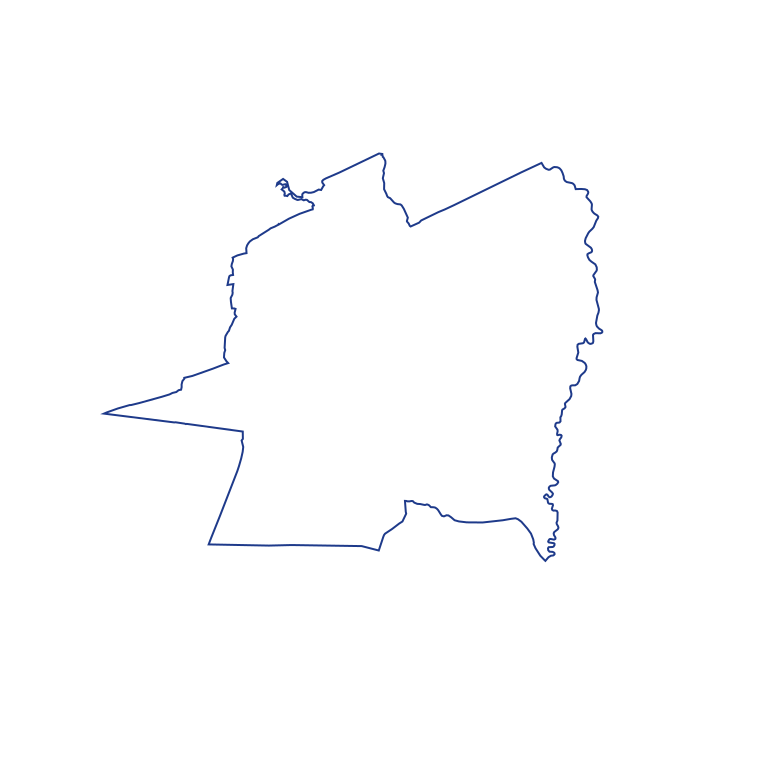 Milagro, Guayas, Ecuador, rotated 245°
{"feature_id": "8360857B82263990527647", "entity_name": "Milagro", "entity_type": "district", "adm_level": 2, "iso_a3": "ECU", "parent_name": "Ecuador", "parent_adm1": "Guayas", "projection": "albers", "projection_center": [-79.569, -2.106], "detail": "fine", "context": "isolated", "style": "outline", "palette": "blue", "viewbox_px": 768, "rotation_deg": 245, "n_neighbors": 0, "source": "geoboundaries", "source_scale": "gbopen_adm2", "svg_char_len": 6166}
<svg xmlns="http://www.w3.org/2000/svg" viewBox="0 0 768 768"><g transform="rotate(245 384 384)"><path d="M316.8,161.5L312.7,157.3L286.2,211.4L277.1,232.2L246.5,295.3L235.3,308.9L245.7,318.7L247.1,320.2L247.9,321.7L249.2,330.2L251.1,338.8L251.6,342.6L257.1,349.3L258.9,349.7L269.2,353.6L268.5,354.9L267.8,355.5L266.9,357.4L266.3,359.6L265.7,360.6L263.7,361.3L261.3,363.5L259.9,366.1L257.4,369.4L256.9,370.5L256.8,371.8L256.3,372.6L255.0,373.6L252.6,374.4L251.2,377.1L250.2,378.3L248.4,379.3L246.7,379.8L241.7,380.4L240.0,380.8L238.7,382.4L238.6,385.2L237.6,386.9L234.9,388.5L230.7,390.4L227.8,393.8L223.6,400.6L216.8,414.9L210.3,434.1L208.1,442.2L206.7,446.5L204.8,448.3L201.1,450.3L192.5,452.8L186.3,454.0L180.1,453.6L176.7,452.7L175.8,452.0L171.1,451.9L162.3,453.1L156.5,455.1L155.5,455.5L157.5,459.9L157.8,462.7L157.1,464.9L157.3,466.0L157.8,466.8L159.1,467.0L160.6,465.9L162.1,463.1L164.0,462.6L165.8,463.2L166.5,464.3L165.0,468.0L165.0,469.0L165.9,470.4L167.1,471.0L167.9,470.7L170.7,466.5L171.3,466.2L172.0,466.3L173.2,467.9L173.4,468.6L173.1,469.6L171.1,472.3L171.1,473.7L171.5,474.1L172.5,474.5L175.3,474.2L177.0,474.7L177.9,475.8L178.9,480.1L179.9,481.3L181.3,481.6L184.1,481.4L185.3,481.7L187.0,483.5L194.3,487.1L195.9,487.0L197.0,485.7L197.7,484.0L198.7,483.3L200.0,483.4L202.7,485.9L203.8,486.1L204.4,485.5L205.6,483.2L206.5,482.6L207.4,482.6L210.6,483.4L211.0,483.2L212.5,481.5L213.5,481.2L214.1,481.3L214.8,482.2L215.4,484.3L215.3,484.7L214.6,485.3L212.3,485.7L211.4,486.2L211.1,487.2L211.3,488.4L212.3,490.0L213.1,490.7L214.4,490.6L218.2,489.1L219.3,489.1L220.4,489.6L221.1,490.7L221.3,492.1L219.9,496.1L219.9,497.1L220.4,499.0L221.4,500.4L222.4,500.6L226.5,498.1L229.0,498.0L232.4,499.8L237.0,503.6L238.9,504.8L239.9,505.1L244.0,504.3L245.0,504.5L246.6,505.1L248.9,507.1L249.3,508.2L249.4,509.9L249.9,512.0L250.9,513.1L253.0,514.6L254.2,518.3L255.0,518.9L258.7,519.1L259.6,520.0L260.7,522.1L262.0,523.1L262.8,523.0L263.7,522.0L264.2,519.8L264.5,519.5L265.5,519.7L267.8,521.4L269.2,521.9L273.2,521.2L274.9,522.3L275.6,523.0L275.8,524.2L275.0,526.4L275.0,527.0L275.6,528.2L279.3,529.8L280.0,531.0L281.3,532.2L284.9,534.3L285.4,535.0L285.6,537.2L286.2,538.5L286.5,538.8L289.6,539.6L290.2,540.3L291.9,545.8L294.0,548.6L295.8,549.7L301.4,550.9L303.1,551.9L303.4,552.8L303.3,553.8L302.0,556.8L302.3,559.2L304.3,562.1L306.7,563.8L307.8,564.8L308.9,566.8L310.1,570.8L311.4,572.8L312.6,573.9L314.5,574.9L315.3,575.0L316.6,575.1L318.3,574.8L321.3,573.1L324.0,569.5L325.1,569.1L326.0,569.4L330.4,573.4L336.1,575.0L337.8,576.1L338.1,577.5L336.9,581.4L336.9,582.2L337.4,583.1L340.0,585.3L340.1,585.8L339.0,586.1L336.0,586.2L334.8,586.6L333.5,587.5L333.0,588.3L332.8,590.1L333.0,590.8L334.3,591.8L340.0,594.1L340.4,594.5L340.7,595.2L340.7,597.2L338.5,601.5L338.4,603.0L338.9,603.9L340.0,604.2L340.9,603.9L343.3,602.3L346.2,601.3L347.8,601.4L349.7,601.9L355.9,606.3L358.0,608.5L360.1,610.0L361.4,610.5L370.4,612.1L372.7,613.3L376.5,616.6L378.8,617.2L387.4,618.2L389.4,619.5L390.1,619.6L393.5,619.3L394.3,620.0L396.8,624.5L397.6,625.2L399.9,626.1L403.1,626.1L407.4,623.6L409.7,622.6L412.6,622.4L414.7,622.7L415.6,623.2L415.9,624.5L415.8,627.7L416.5,628.7L417.3,629.1L418.5,629.3L420.1,629.1L425.8,626.0L426.8,626.0L428.7,626.6L430.9,628.4L434.4,632.9L435.3,634.5L436.6,638.4L437.6,640.4L442.3,645.4L443.9,648.0L445.1,648.9L446.6,648.6L449.5,646.7L450.8,646.2L452.3,645.8L454.0,645.8L454.7,646.0L458.6,648.2L459.8,648.5L462.3,648.2L467.7,646.5L468.7,647.0L470.3,649.3L471.1,650.0L472.0,650.3L474.0,650.0L475.6,648.4L477.5,645.0L479.6,640.1L483.5,640.7L485.5,640.1L486.6,639.3L489.8,635.0L491.3,634.1L492.3,633.8L494.0,633.8L496.3,634.6L499.8,635.0L502.7,635.0L504.9,634.4L506.1,633.7L507.3,632.5L508.7,630.0L508.8,628.8L508.2,624.9L508.6,623.7L510.6,621.8L512.6,620.7L517.8,620.2L517.8,597.6L516.5,522.9L516.5,512.8L516.8,506.0L516.5,486.8L515.4,484.1L515.4,483.0L515.5,474.7L516.4,474.2L519.0,474.2L521.5,473.5L522.0,473.6L524.7,475.9L534.3,476.0L538.4,475.5L539.8,474.8L541.4,472.2L542.9,470.6L544.2,469.8L549.8,468.1L551.7,466.5L553.1,466.3L555.4,466.5L560.5,466.4L566.0,469.1L571.0,469.9L575.1,473.1L577.6,473.5L580.3,476.2L583.1,478.4L584.9,479.2L585.9,479.5L589.7,479.3L590.3,478.9L592.7,479.5L592.8,479.0L593.3,479.5L595.0,476.9L594.5,432.9L594.9,418.3L594.7,415.3L594.0,413.7L592.6,413.2L589.5,413.8L589.0,412.6L586.4,409.0L587.8,407.0L587.6,401.5L588.2,398.7L589.2,396.4L590.8,394.5L591.3,393.5L591.3,392.2L590.8,390.6L590.1,389.9L587.8,389.0L590.7,384.1L599.8,380.1L608.2,381.6L612.5,379.2L611.3,372.3L609.5,370.9L609.9,372.4L609.8,374.5L609.6,374.9L607.9,375.6L607.3,376.4L606.8,379.0L606.5,379.3L604.3,379.3L603.9,378.8L604.0,376.8L605.1,375.9L604.1,374.8L603.6,373.5L600.5,375.0L598.6,374.6L597.5,373.6L596.6,373.5L596.0,374.8L595.2,375.8L596.1,377.6L596.1,380.2L591.4,380.1L589.5,381.4L587.6,383.1L587.2,383.7L586.5,387.2L584.4,388.9L584.1,391.0L583.4,392.0L580.4,393.3L579.7,394.7L577.9,395.8L575.5,396.0L575.4,395.8L575.9,395.0L575.3,394.2L573.4,393.8L572.4,393.2L572.7,391.7L573.9,379.4L574.0,367.7L573.0,356.0L573.4,355.9L573.0,355.2L572.8,351.5L573.0,347.0L572.5,344.8L571.0,333.0L570.3,331.6L570.6,326.3L569.9,322.7L568.9,320.6L567.5,318.5L565.3,316.5L560.7,314.7L561.4,312.2L562.5,305.5L562.5,300.2L561.1,300.1L559.3,299.0L557.1,296.8L555.1,295.4L551.6,295.4L549.0,294.1L546.6,293.3L547.3,291.0L547.2,289.7L546.3,288.7L539.9,284.0L538.2,289.7L532.3,285.9L530.6,285.4L529.0,284.3L526.9,281.6L526.3,281.2L523.1,280.0L516.8,278.1L515.7,280.3L514.8,281.2L511.8,278.8L510.2,278.2L507.4,278.8L506.4,275.9L502.0,271.0L500.4,268.4L497.7,265.9L497.2,264.6L494.6,260.8L493.4,259.8L484.1,254.8L481.8,254.4L479.7,252.4L475.7,250.2L471.3,250.8L468.8,251.6L469.4,247.0L470.2,235.5L472.3,213.7L474.0,205.6L473.2,205.3L471.8,202.5L469.0,200.3L466.7,199.3L464.6,197.7L465.2,195.2L464.5,192.4L465.3,188.5L465.2,185.2L466.3,177.3L470.2,154.0L471.8,146.0L472.4,144.5L474.3,132.5L475.4,120.8L475.5,117.7L437.8,177.7L437.4,178.9L432.3,186.6L431.4,187.5L431.2,188.4L400.6,235.9L393.9,232.9L393.0,231.1L386.4,229.8L382.2,227.2L377.0,223.2L370.8,217.8L367.0,214.2L334.0,179.8L316.9,161.6L317.3,161.3L316.8,161.5Z" fill="none" stroke="#1e3a8a" stroke-width="2"/></g></svg>